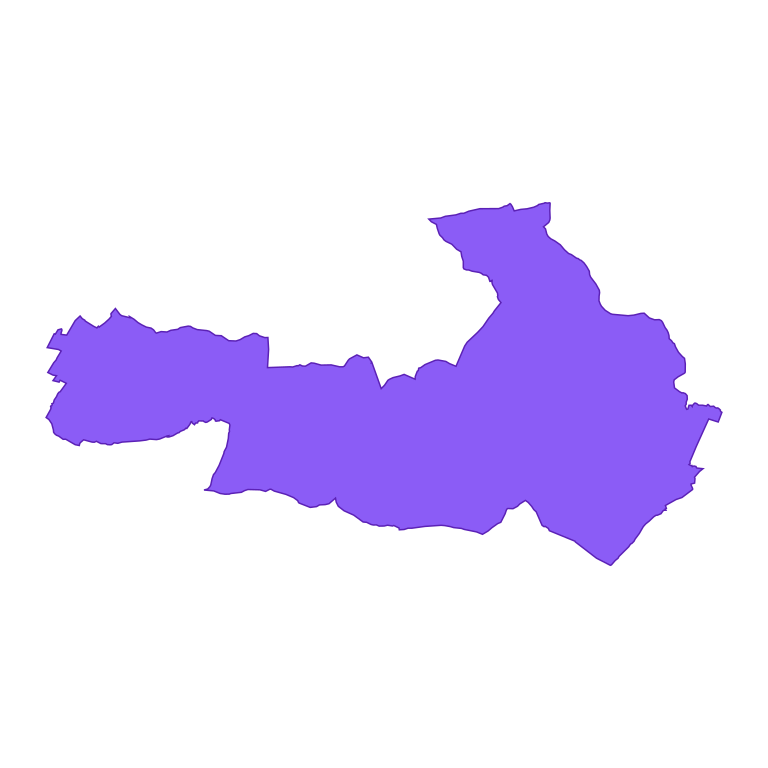 outline of Borascu, Gorj, Romania
{"feature_id": "2599482B74133650758011", "entity_name": "Borascu", "entity_type": "district", "adm_level": 2, "iso_a3": "ROU", "parent_name": "Romania", "parent_adm1": "Gorj", "projection": "albers", "projection_center": [23.247, 44.703], "detail": "fine", "context": "isolated", "style": "filled", "palette": "violet", "viewbox_px": 768, "rotation_deg": 0, "n_neighbors": 0, "source": "geoboundaries", "source_scale": "gbopen_adm2", "svg_char_len": 6057}
<svg xmlns="http://www.w3.org/2000/svg" viewBox="0 0 768 768"><path d="M363.1,522.0L366.6,522.3L371.1,524.5L373.3,525.0L376.4,524.9L379.1,526.1L384.3,526.0L387.5,525.2L392.5,526.0L393.8,525.5L399.0,528.0L399.3,529.8L404.1,529.5L408.1,528.2L411.8,528.2L425.0,526.4L441.1,525.3L444.8,525.6L450.3,526.6L453.7,527.6L461.4,528.4L464.2,529.4L476.5,531.9L482.5,534.3L488.1,531.0L491.8,527.8L497.7,523.6L500.8,522.3L505.1,513.8L506.3,510.2L507.0,509.0L507.8,508.5L513.0,508.7L517.5,506.3L519.7,504.0L525.4,500.4L528.2,502.4L531.7,506.4L533.8,509.6L536.2,511.8L542.1,525.4L544.1,526.7L545.1,526.3L548.3,528.4L549.4,530.7L575.0,541.2L575.3,541.9L596.5,558.2L610.3,565.3L611.4,564.9L615.3,560.4L618.0,558.3L619.0,556.4L628.7,546.8L630.5,544.1L631.9,543.4L634.0,541.3L635.1,539.1L639.3,533.5L643.3,526.6L645.7,523.9L649.1,521.2L653.7,516.8L656.0,515.3L657.4,515.2L661.0,513.7L663.0,510.9L663.8,510.3L665.9,510.2L665.2,509.1L666.4,508.4L665.4,505.5L676.1,499.5L682.0,497.5L692.6,489.5L692.6,488.4L691.1,485.2L691.1,484.0L694.6,483.1L695.0,478.6L694.5,477.2L699.5,471.5L703.0,468.7L697.4,468.1L696.5,467.8L696.0,466.5L694.0,466.0L692.3,466.6L691.9,465.5L691.2,465.7L689.0,464.6L690.1,463.4L689.9,461.7L696.3,446.4L708.7,419.0L718.2,422.0L721.9,412.3L720.8,411.6L720.3,410.8L720.4,410.1L719.2,408.9L717.8,407.9L716.6,408.1L715.1,407.5L713.7,406.2L710.3,406.5L708.1,404.5L707.6,404.6L706.5,406.0L702.5,405.2L698.6,405.2L696.7,403.6L695.3,403.1L694.5,403.2L692.5,405.4L692.2,406.5L691.3,405.2L689.0,405.3L687.9,409.0L686.8,409.4L686.4,408.9L685.2,405.9L686.2,404.2L686.2,402.1L687.3,399.2L687.1,395.6L685.4,393.6L683.2,392.8L681.8,392.9L679.4,391.6L674.5,387.9L673.7,382.0L674.2,379.8L678.1,376.8L683.8,373.6L684.8,372.9L685.2,372.1L685.3,363.8L684.5,358.3L682.4,356.6L678.5,352.3L675.5,346.9L674.4,343.7L672.9,342.8L671.5,340.7L669.2,338.7L669.0,335.6L668.2,332.7L666.9,330.0L665.1,327.6L662.6,322.3L661.4,320.7L659.3,319.6L654.6,319.8L649.3,317.9L644.2,313.2L640.9,313.4L633.9,315.1L628.1,315.7L612.5,314.3L610.5,313.7L605.2,310.3L601.5,306.3L600.2,304.0L599.0,300.8L599.1,296.1L599.6,292.7L599.3,290.2L595.8,283.9L590.7,277.2L589.6,274.6L589.3,271.2L586.8,266.8L584.0,262.9L581.2,260.4L580.0,260.0L578.0,258.5L576.7,258.3L571.4,254.6L568.6,253.5L564.5,249.8L560.3,244.8L554.9,241.0L550.8,238.8L548.2,236.5L546.8,234.1L545.5,228.9L543.5,226.8L548.7,222.5L549.8,220.1L550.1,218.1L549.8,210.5L550.1,203.7L550.1,203.1L549.6,202.8L547.4,203.1L545.0,202.7L544.3,203.2L538.6,204.5L537.6,205.5L533.8,207.2L527.0,208.8L520.7,209.4L514.2,210.9L512.4,206.7L510.9,204.3L510.0,203.6L507.1,205.7L504.2,206.2L502.7,207.2L498.7,208.6L479.9,208.7L468.8,211.2L463.8,213.3L460.8,213.3L455.8,214.9L445.3,216.3L440.7,218.0L428.8,219.1L431.4,221.8L436.4,224.4L437.3,228.3L439.1,233.7L439.9,235.2L442.5,237.7L444.0,239.9L446.0,241.4L451.8,244.2L456.6,249.2L461.0,251.8L461.7,256.3L463.3,261.2L463.3,267.7L463.9,268.9L466.4,269.9L468.8,270.0L472.1,271.2L479.2,272.4L481.3,273.3L483.2,274.8L486.5,275.3L488.5,277.2L489.9,281.4L490.9,281.3L491.3,280.6L492.1,280.4L492.0,282.7L492.5,284.6L497.5,293.1L497.8,295.9L497.4,296.7L498.4,299.5L501.0,302.6L494.5,310.7L492.9,313.3L488.8,318.1L483.0,326.6L477.6,332.4L467.2,342.2L464.7,346.0L456.0,366.3L449.5,363.6L445.8,361.4L438.0,360.0L435.3,360.3L425.0,364.6L420.8,367.6L418.7,368.2L418.3,370.6L417.3,371.2L415.3,376.4L415.1,379.2L404.1,374.4L400.1,375.9L393.1,377.6L389.4,379.3L387.9,380.3L384.5,385.3L381.2,388.6L371.9,362.5L371.5,362.7L371.7,362.0L368.4,357.2L363.5,357.8L356.9,354.9L349.5,358.9L348.2,360.3L344.4,366.1L342.9,366.8L339.6,366.8L331.2,364.9L321.1,365.1L314.2,363.2L311.1,362.9L305.4,366.2L302.4,366.0L299.9,364.8L298.4,365.7L296.8,365.7L292.7,367.0L290.0,366.8L267.5,367.6L268.6,349.4L267.9,337.5L264.8,337.6L259.4,335.8L256.7,333.6L253.2,333.4L248.9,335.6L244.7,336.9L240.2,339.6L236.0,341.0L228.7,340.7L221.3,335.7L215.4,335.4L209.2,331.2L206.8,330.6L197.2,329.6L192.8,327.9L190.5,326.4L188.2,326.1L180.3,327.6L177.8,329.3L170.8,330.3L167.0,332.0L161.1,331.6L156.4,333.1L155.6,332.6L153.6,329.9L151.1,328.1L146.3,327.1L141.7,324.8L138.0,322.6L134.1,319.3L129.5,316.5L129.8,317.7L121.7,315.7L119.9,314.4L115.4,308.5L111.0,313.6L111.0,314.8L111.4,316.3L109.1,319.0L104.6,323.1L99.2,327.0L98.4,326.2L96.9,327.9L93.8,326.4L85.3,321.1L84.8,320.2L82.3,318.7L80.1,316.0L75.2,320.6L66.7,335.1L61.1,334.4L61.1,333.0L61.9,330.6L61.8,329.3L61.4,328.9L58.0,329.8L55.4,334.1L54.2,333.8L47.2,347.6L58.5,349.5L61.2,351.0L57.1,357.8L56.2,359.9L53.7,362.8L47.8,372.5L53.0,375.1L56.5,375.7L53.0,380.6L59.1,382.1L60.0,380.3L60.5,380.4L66.3,383.3L60.2,391.7L58.9,392.3L57.7,393.9L56.5,396.6L54.2,400.0L53.4,403.1L51.9,403.7L52.2,404.4L51.7,405.8L50.7,406.1L50.6,406.7L51.1,407.8L50.4,409.8L46.1,417.5L48.9,419.5L51.8,423.8L53.4,429.9L53.6,432.2L54.6,433.7L56.4,435.2L58.7,436.1L63.1,439.3L65.7,439.2L75.2,444.7L79.3,445.5L79.7,443.6L80.4,442.6L83.6,439.8L92.1,442.1L94.4,442.2L96.4,441.3L100.9,443.6L105.7,443.7L107.3,444.6L110.2,444.8L111.7,444.6L114.1,442.8L117.8,443.3L122.0,442.1L139.4,440.9L146.0,440.1L149.8,439.1L156.5,439.6L159.7,439.0L167.3,435.9L168.6,435.7L167.6,437.0L168.9,437.0L173.0,435.7L177.9,432.8L178.8,432.8L180.3,431.4L184.4,429.7L185.9,428.2L186.8,428.5L189.9,424.3L190.9,421.9L191.7,421.6L192.3,423.1L194.5,424.7L195.5,423.1L197.6,422.9L198.0,421.7L198.8,420.9L203.4,421.0L204.1,421.7L205.8,422.4L207.3,422.0L211.4,419.4L211.7,418.1L212.6,418.0L214.4,419.0L215.2,419.9L215.4,420.9L216.0,421.2L219.6,420.7L220.3,419.7L229.2,423.4L229.9,425.1L229.3,429.8L229.5,431.5L228.7,433.2L228.3,438.5L226.5,447.2L224.2,451.5L223.8,453.6L219.1,465.4L215.3,472.5L213.5,474.6L212.1,478.6L210.8,484.8L210.0,486.5L207.7,489.0L204.0,490.0L213.7,490.9L220.2,493.5L225.0,494.2L229.3,494.1L230.8,493.5L241.4,492.3L244.6,490.6L247.9,489.5L259.9,489.8L265.6,491.4L269.7,489.3L270.9,489.2L274.3,491.1L286.0,494.4L293.6,497.6L297.8,500.7L298.2,501.9L299.0,503.0L310.2,507.4L316.6,506.6L319.5,504.9L325.3,504.6L329.0,503.7L335.5,498.1L336.2,502.1L338.3,506.3L344.1,510.8L353.7,515.1L363.1,522.0Z" fill="#8b5cf6" stroke="#5b21b6" stroke-width="1.5"/></svg>